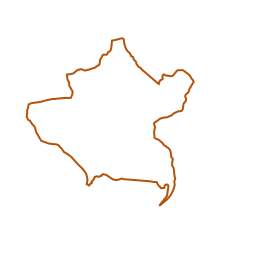 outline of Matayos, Western, Kenya, rotated 328°
{"feature_id": "3690345B71861733049608", "entity_name": "Matayos", "entity_type": "district", "adm_level": 2, "iso_a3": "KEN", "parent_name": "Kenya", "parent_adm1": "Western", "projection": "orthographic", "projection_center": [34.181, 0.39], "detail": "fine", "context": "isolated", "style": "outline", "palette": "amber", "viewbox_px": 256, "rotation_deg": 328, "n_neighbors": 0, "source": "geoboundaries", "source_scale": "gbopen_adm2", "svg_char_len": 5487}
<svg xmlns="http://www.w3.org/2000/svg" viewBox="0 0 256 256"><g transform="rotate(328 128 128)"><path d="M208.2,123.6L208.4,122.4L208.4,121.7L208.3,120.7L208.1,119.7L208.1,119.0L208.2,118.1L208.2,116.7L208.2,115.8L207.7,114.5L207.3,113.4L207.0,112.4L206.7,111.7L206.5,111.1L206.1,110.3L205.9,109.5L205.5,108.8L205.2,108.0L204.3,107.5L203.4,107.0L202.3,106.2L201.6,105.8L200.7,105.5L199.6,105.4L198.4,105.9L197.5,106.2L196.5,106.6L194.3,107.3L193.1,107.4L192.4,107.0L191.6,106.6L191.0,106.2L190.6,105.5L189.7,105.0L189.3,104.4L188.5,104.1L187.9,103.5L187.4,102.9L187.2,102.0L186.5,101.5L185.5,101.6L184.5,102.6L184.1,103.2L183.8,104.4L182.8,105.0L181.5,104.7L180.6,104.6L179.9,105.1L179.0,105.4L178.7,106.0L178.2,106.5L177.5,107.0L177.1,106.3L170.6,85.3L170.6,84.1L170.3,83.3L169.7,82.6L169.5,81.8L169.3,81.1L169.3,80.4L169.3,79.5L169.1,78.8L169.2,77.8L169.8,76.6L169.8,75.8L169.6,75.1L169.4,74.3L169.4,73.6L169.2,72.7L169.5,71.6L169.9,70.7L169.5,69.8L168.8,69.0L169.0,68.0L169.0,67.1L169.3,66.1L169.1,65.0L168.7,64.0L168.4,62.8L168.3,61.7L168.3,60.6L168.4,58.9L168.7,57.8L169.0,56.4L169.4,55.1L169.9,53.9L170.3,52.9L170.8,51.9L171.3,50.9L171.4,49.9L170.9,49.1L170.0,48.6L168.9,48.1L167.8,47.9L166.4,47.4L163.8,46.6L160.7,45.4L158.4,48.5L156.0,51.5L155.2,52.2L154.7,52.7L153.2,53.2L151.9,53.3L151.1,53.2L150.2,53.9L149.1,54.5L148.3,54.3L147.5,53.7L146.4,53.0L145.4,52.8L144.6,53.0L143.9,53.5L143.3,54.0L142.5,54.4L141.3,54.8L140.1,55.8L139.5,56.5L138.1,58.4L137.1,59.0L136.4,59.2L135.1,59.1L133.6,59.1L132.2,59.3L130.9,59.1L129.1,58.5L128.4,58.4L126.7,58.0L125.9,57.9L125.3,57.6L124.3,57.1L123.3,57.0L122.6,56.8L121.5,56.1L120.9,55.1L120.1,54.0L119.2,53.1L118.2,52.9L117.4,52.4L116.2,52.4L115.0,52.0L114.2,52.2L113.4,52.4L112.5,52.5L111.2,52.6L110.4,52.7L109.7,52.5L108.8,52.1L107.9,51.9L107.1,51.6L106.2,51.1L105.3,50.7L104.5,50.3L104.0,51.3L103.6,52.3L103.1,53.2L102.5,54.5L102.3,55.9L102.2,57.1L102.1,58.2L101.6,59.4L100.8,60.5L100.6,61.5L100.7,62.8L100.5,63.8L100.5,64.5L100.4,66.0L100.4,66.7L100.2,68.0L99.6,68.9L99.0,69.4L98.5,70.1L97.4,70.8L96.4,71.5L95.7,72.1L94.2,71.6L92.2,70.2L90.4,69.1L87.8,67.7L83.3,65.5L81.7,64.8L79.2,63.4L77.6,62.7L76.4,62.3L75.6,62.0L74.5,61.6L73.7,61.3L71.0,60.5L68.0,59.6L66.1,58.8L65.4,58.6L63.9,57.9L62.6,57.2L61.6,56.8L60.8,56.4L59.8,56.0L58.7,55.7L57.5,55.5L56.3,55.4L55.7,55.9L54.8,56.9L54.3,57.5L53.6,58.3L52.6,58.9L51.7,59.6L51.0,61.0L50.4,61.9L49.7,62.7L48.3,64.3L47.6,67.8L47.9,68.6L48.3,69.3L48.8,70.0L48.7,71.3L48.9,74.9L49.2,75.7L49.4,76.4L49.5,77.3L49.2,78.1L49.2,79.1L48.7,80.1L47.8,83.4L47.9,84.5L48.0,85.5L47.9,86.4L47.7,87.8L47.7,93.0L50.8,96.8L52.3,98.9L54.8,101.1L55.4,101.6L58.4,103.7L60.0,105.8L60.8,111.0L60.9,114.2L63.1,118.5L64.7,122.8L65.5,127.9L66.4,132.5L67.1,135.5L67.9,138.6L68.2,141.7L68.2,145.1L66.5,150.0L63.3,153.8L63.8,154.5L64.1,155.5L64.7,156.2L65.5,155.5L66.6,155.4L67.4,155.6L68.3,155.4L68.1,154.7L68.8,154.1L69.8,153.9L70.8,153.7L71.7,153.5L72.5,152.9L73.2,152.5L73.9,151.8L75.1,152.2L76.2,152.6L76.7,153.3L77.4,153.9L78.4,154.0L79.1,154.1L79.8,154.5L80.7,154.0L81.6,154.1L82.5,153.9L83.0,154.5L83.5,155.1L84.5,155.9L85.3,157.6L85.7,158.5L86.3,159.9L86.8,161.1L87.4,162.4L88.0,163.4L88.8,164.5L89.5,165.2L90.2,165.8L91.2,166.3L92.4,166.7L93.3,166.9L94.5,167.2L95.8,167.5L96.6,168.4L97.5,169.3L110.0,178.6L118.8,185.2L119.4,185.7L120.1,186.5L120.8,187.0L121.6,187.7L122.7,188.4L123.7,189.3L123.5,190.5L123.3,191.4L123.4,192.3L123.6,193.3L123.6,194.3L124.0,194.9L124.0,195.7L124.2,196.5L125.1,197.0L125.8,197.5L126.6,197.9L127.3,197.9L128.1,196.9L128.8,196.2L129.9,196.1L130.9,196.4L131.5,197.1L131.7,197.9L131.2,199.1L129.8,200.8L128.7,202.0L127.7,203.1L126.5,204.6L125.1,206.2L123.1,207.0L121.1,207.7L119.2,208.4L116.6,209.2L113.2,210.6L119.9,209.7L123.2,209.3L125.8,208.5L127.8,207.9L129.7,207.0L130.8,206.3L132.2,205.4L133.0,204.9L133.6,204.4L134.4,203.8L135.0,203.3L135.8,202.7L136.3,202.2L137.0,201.5L137.7,200.7L138.2,199.5L138.5,198.6L138.9,197.9L139.8,197.2L140.6,196.5L141.4,195.8L141.6,194.9L141.7,194.0L142.3,193.0L142.8,191.6L143.3,190.6L143.8,189.9L144.2,189.0L144.7,188.0L145.0,187.3L145.3,186.3L145.5,185.3L145.4,184.2L145.6,183.2L146.2,182.2L146.9,181.1L147.5,180.3L148.1,179.6L148.7,179.1L149.3,178.4L149.7,177.7L149.6,176.9L149.3,175.9L149.6,174.8L150.2,173.8L150.6,172.8L151.2,171.5L151.6,170.6L151.8,169.8L151.9,168.8L151.8,167.6L151.6,166.3L151.1,165.6L150.6,164.5L150.4,163.2L149.7,162.2L149.3,161.3L149.3,160.6L149.4,159.8L149.3,158.9L148.9,157.7L148.4,156.5L148.3,155.6L148.0,154.9L147.6,154.0L146.9,153.0L146.0,152.0L145.6,151.1L145.4,150.3L145.7,149.5L146.2,148.7L146.7,147.8L147.1,146.9L147.5,146.1L148.0,145.3L148.7,144.5L149.2,143.8L149.8,143.1L150.5,142.6L151.3,141.9L151.6,141.0L151.8,140.0L152.0,139.1L152.4,138.0L153.6,137.4L155.2,137.5L156.4,137.4L157.8,137.3L159.0,137.2L160.0,137.2L160.9,137.2L161.7,137.5L162.5,137.8L163.2,138.0L164.3,138.3L165.1,138.7L165.8,139.3L166.5,139.5L167.3,139.7L168.5,139.9L169.7,140.0L170.9,140.3L172.2,140.3L173.4,140.1L174.3,139.9L175.5,139.9L176.4,140.1L177.5,140.2L178.5,140.3L179.4,140.5L180.4,141.0L181.2,141.4L181.9,141.7L182.8,141.8L183.6,141.6L184.5,140.9L185.5,140.0L186.2,139.1L186.9,138.0L187.6,137.3L188.2,136.8L188.9,136.5L190.1,136.2L191.3,135.7L192.1,135.0L192.5,134.4L192.9,133.6L193.0,132.7L193.1,131.9L193.4,131.3L194.1,130.6L194.9,130.2L195.9,130.0L197.1,130.0L197.9,129.8L198.6,129.3L199.4,128.7L200.0,128.1L201.8,126.9L203.4,126.1L204.7,125.4L206.5,124.5L208.2,123.6Z" fill="none" stroke="#b45309" stroke-width="2"/></g></svg>